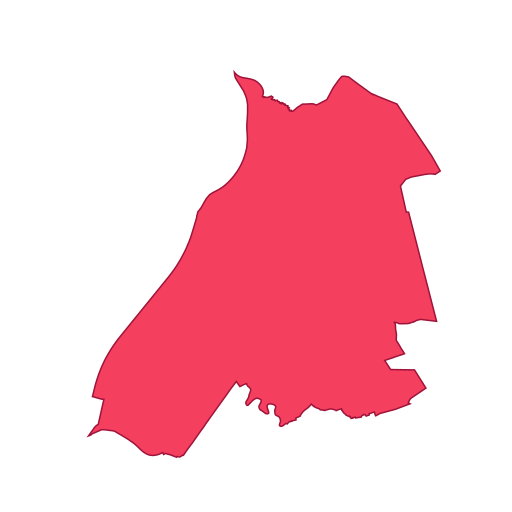 Roermond, Limburg, Netherlands, rotated 350°
{"feature_id": "6326949B62204677584458", "entity_name": "Roermond", "entity_type": "district", "adm_level": 2, "iso_a3": "NLD", "parent_name": "Netherlands", "parent_adm1": "Limburg", "projection": "albers", "projection_center": [6.001, 51.209], "detail": "fine", "context": "isolated", "style": "filled", "palette": "rose", "viewbox_px": 512, "rotation_deg": 350, "n_neighbors": 0, "source": "geoboundaries", "source_scale": "gbopen_adm2", "svg_char_len": 5972}
<svg xmlns="http://www.w3.org/2000/svg" viewBox="0 0 512 512"><g transform="rotate(350 256 256)"><path d="M266.6,71.3L266.4,75.0L266.7,77.0L267.5,79.2L272.4,91.3L272.8,92.9L273.8,97.3L274.1,100.3L274.0,105.4L272.9,111.7L272.1,115.5L271.0,120.1L269.8,125.0L269.4,127.2L268.9,130.4L268.5,134.4L268.0,138.2L267.6,140.4L266.2,145.8L265.7,147.8L263.3,153.1L261.5,156.6L259.6,159.9L256.6,164.2L253.7,167.7L251.5,170.1L248.0,173.4L245.5,175.5L243.6,177.0L241.1,178.8L237.7,180.9L234.9,182.4L231.3,183.9L228.3,184.9L224.7,186.0L221.5,187.3L220.9,187.6L220.7,187.8L218.3,189.8L217.0,190.9L214.5,193.8L210.7,198.5L207.4,201.6L206.7,202.0L204.6,206.4L204.1,208.1L198.0,220.3L195.0,226.1L193.0,229.5L188.5,236.5L186.3,239.6L181.2,246.1L177.1,250.8L174.2,253.9L172.3,255.8L166.6,261.1L110.7,309.6L105.1,314.5L102.1,317.4L97.9,321.7L95.1,324.8L91.0,329.7L88.6,332.8L85.8,336.8L83.8,339.8L80.4,345.4L77.6,350.6L75.4,355.0L70.5,366.1L71.3,366.4L78.9,370.1L81.3,370.7L71.4,394.4L69.4,395.2L67.4,396.6L66.5,397.4L65.1,399.0L63.5,400.4L59.8,404.1L62.3,403.6L63.9,402.6L64.5,402.5L73.3,400.4L74.1,400.3L78.5,401.3L79.7,401.8L83.4,402.9L85.2,403.5L86.4,404.1L95.3,411.7L98.1,414.2L102.4,418.5L104.3,420.6L105.7,422.4L108.5,426.3L110.4,428.7L111.2,429.6L113.3,431.5L115.0,432.7L116.6,433.6L119.7,434.5L122.1,434.7L125.1,434.6L127.0,434.2L130.1,433.4L130.5,435.4L132.7,434.8L135.1,436.0L135.1,435.9L138.1,437.4L138.0,437.5L142.9,440.4L143.5,439.8L146.0,440.7L146.8,440.5L148.4,439.8L148.8,439.6L149.1,439.3L149.9,439.7L154.1,435.4L158.8,430.9L160.2,429.7L170.8,419.1L176.2,413.9L176.5,413.4L179.9,410.1L180.3,409.8L180.2,409.7L199.8,390.6L202.2,388.3L208.3,382.2L214.8,376.2L217.5,381.8L221.4,380.6L224.5,380.0L224.8,381.6L225.1,382.4L227.0,384.9L227.4,385.7L227.6,386.4L227.5,386.7L227.4,387.5L227.1,388.1L225.9,390.2L225.2,391.3L224.1,393.9L223.1,395.3L221.1,397.5L220.7,398.2L220.5,399.0L220.5,399.6L220.6,400.4L220.9,401.1L221.3,401.5L221.8,401.6L222.2,401.6L227.4,397.9L228.8,397.1L230.0,396.6L231.4,396.2L232.2,396.3L232.8,396.4L234.4,397.1L235.9,398.5L236.1,398.8L236.1,399.2L235.9,399.7L235.5,400.7L235.0,401.4L233.4,403.5L232.9,404.2L232.7,405.3L232.7,406.0L232.8,406.7L233.0,407.4L233.6,408.4L235.3,409.8L237.6,412.3L238.6,413.1L239.2,413.3L240.1,413.4L240.7,413.3L241.1,413.1L241.3,412.7L241.4,411.8L240.9,408.5L240.7,407.4L240.7,406.8L240.8,406.0L241.0,405.4L241.3,405.0L241.7,404.5L242.2,404.2L243.0,403.9L243.6,403.9L244.3,404.1L245.8,404.6L246.9,405.0L248.8,406.4L249.0,406.8L249.1,407.3L249.1,408.0L248.9,409.1L247.9,410.6L247.7,411.0L247.6,411.7L247.4,413.5L247.4,414.8L247.5,415.5L247.8,416.0L248.2,416.4L250.3,418.0L250.7,418.4L251.3,419.7L251.4,420.2L251.5,421.4L251.5,422.6L251.0,423.9L250.2,425.4L249.8,426.1L249.7,426.6L249.8,427.2L250.4,427.9L250.7,428.0L251.8,428.1L252.9,427.9L253.4,427.7L255.4,426.6L256.3,426.2L257.1,426.4L257.6,426.8L259.5,425.2L262.1,425.0L261.9,424.7L266.9,424.4L267.2,422.4L270.2,421.8L272.0,421.2L272.1,420.7L273.0,419.5L273.5,419.1L275.4,417.4L277.9,415.9L281.1,414.3L283.1,412.9L284.8,411.5L286.8,414.3L287.1,414.2L287.1,414.3L287.3,414.3L287.5,414.7L288.5,415.6L291.6,417.4L292.1,417.9L292.4,418.4L292.7,418.7L294.7,419.2L295.8,419.7L297.4,420.1L297.5,419.9L301.3,419.6L303.1,419.6L304.5,420.0L308.2,421.9L308.2,422.2L309.9,421.8L313.5,421.2L313.6,422.3L313.8,422.1L314.7,425.0L315.0,425.6L315.7,426.3L316.2,426.9L317.1,428.4L319.3,429.9L320.3,429.9L320.5,430.8L321.0,430.8L321.4,432.5L323.1,432.5L323.1,432.0L325.9,432.0L325.9,432.8L331.8,432.9L331.9,432.4L332.3,431.9L332.9,431.6L334.2,431.0L334.3,430.8L334.6,430.9L334.7,431.2L335.7,430.9L336.7,432.8L338.8,432.4L339.7,432.4L340.1,431.7L340.0,431.0L345.4,430.2L346.0,434.1L346.8,434.0L350.8,432.6L366.5,431.2L382.0,428.3L380.4,427.2L382.0,424.8L382.6,424.1L383.4,423.4L384.2,422.9L385.2,422.4L400.4,415.6L392.3,395.7L368.9,391.2L364.6,381.2L385.3,378.0L384.3,375.5L383.2,372.9L383.0,372.7L382.6,371.6L382.6,371.3L381.1,367.3L379.6,363.8L379.6,363.2L379.6,362.7L380.6,358.2L380.7,357.5L380.8,352.0L380.9,351.2L381.2,349.3L381.3,348.4L381.2,346.4L381.1,346.0L380.7,345.4L380.9,345.3L384.0,346.6L385.0,347.4L385.7,347.6L387.7,348.0L393.6,348.9L395.3,348.9L399.5,348.2L399.6,348.4L402.6,347.4L405.4,347.1L407.3,347.1L422.5,351.7L418.2,296.3L413.9,239.3L411.6,238.8L410.4,212.2L416.7,206.5L422.6,205.2L436.4,205.0L440.5,205.2L443.9,205.8L446.6,206.7L452.2,204.3L446.4,187.9L429.6,150.1L427.7,146.0L421.2,130.8L404.1,120.2L398.7,116.6L398.7,117.0L398.2,116.6L386.4,104.4L379.1,96.6L378.4,95.8L376.5,95.1L373.9,94.2L371.8,94.0L370.5,94.9L367.5,97.5L361.5,103.4L360.1,105.1L353.5,113.6L353.1,114.0L352.4,114.5L341.8,117.8L339.3,116.4L337.7,115.8L331.4,115.0L328.3,114.5L327.6,114.7L322.4,116.9L321.4,117.5L317.5,119.9L316.6,119.8L316.4,119.7L316.4,119.1L316.3,118.8L316.1,118.6L315.8,118.6L315.1,119.1L314.7,119.2L314.1,118.6L314.0,118.4L313.9,118.1L314.5,117.3L314.4,117.2L313.4,116.6L313.3,116.4L313.3,116.2L313.5,116.1L314.2,115.6L313.3,115.2L313.1,115.1L313.2,114.8L313.6,114.0L313.5,113.5L313.2,113.4L312.5,113.5L312.0,113.2L311.8,112.8L310.5,112.4L310.4,112.2L310.5,112.0L310.9,111.6L311.0,111.5L310.9,111.4L310.7,111.2L309.7,111.2L309.4,110.8L309.3,110.2L308.9,109.8L308.6,109.7L308.4,109.8L307.9,110.5L307.7,110.6L307.4,110.6L307.1,110.3L307.2,109.3L306.0,109.5L305.8,109.4L305.7,108.2L305.3,107.9L304.4,107.8L304.2,107.5L304.2,106.5L304.1,106.3L302.9,106.3L301.9,106.5L301.8,106.4L301.7,105.7L301.5,105.3L301.1,105.2L300.5,105.4L298.4,104.3L298.4,104.0L298.5,103.8L299.1,103.6L299.8,103.4L300.1,103.2L300.2,102.8L300.1,102.2L299.5,101.8L299.0,101.2L298.8,101.1L298.6,101.1L298.0,101.6L297.3,101.4L297.0,101.4L296.2,101.7L294.3,101.8L292.7,101.0L292.4,101.0L291.4,101.3L291.5,100.5L290.0,100.0L291.1,98.0L291.6,96.6L291.8,94.8L291.7,93.1L290.9,90.3L290.2,88.7L288.8,86.6L287.2,84.6L286.6,84.1L285.6,83.1L285.1,82.8L283.8,82.0L281.6,80.9L278.2,79.5L275.2,78.5L272.6,77.4L271.2,76.6L269.7,75.4L268.2,73.8L267.0,72.0L266.6,71.3Z" fill="#f43f5e" stroke="#9f1239" stroke-width="1.5"/></g></svg>